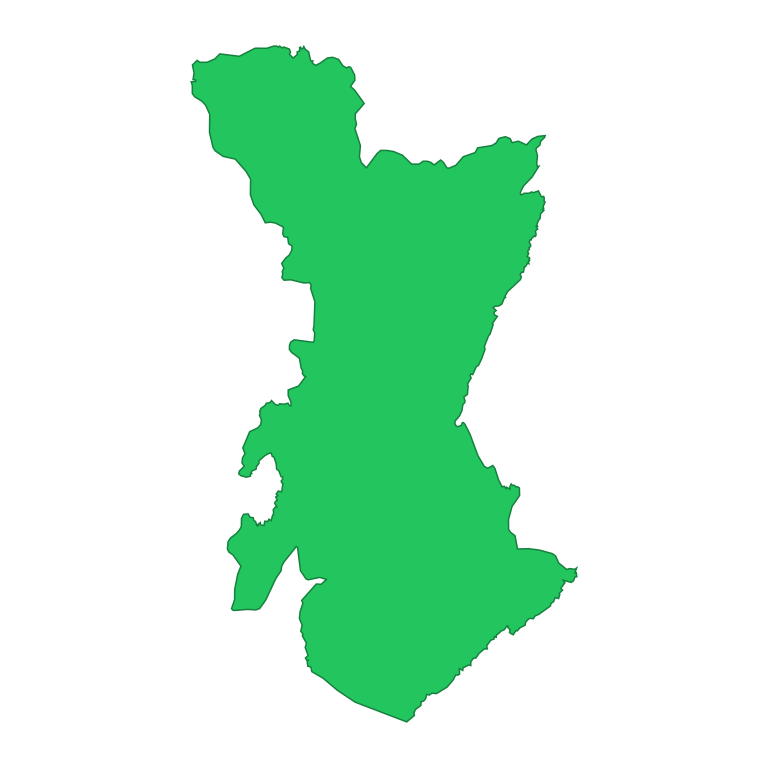 Kenema, Eastern, Sierra Leone (Natural Earth projection)
{"feature_id": "65957751B6503620183485", "entity_name": "Kenema", "entity_type": "district", "adm_level": 2, "iso_a3": "SLE", "parent_name": "Sierra Leone", "parent_adm1": "Eastern", "projection": "natural_earth1", "projection_center": [-11.159, 7.947], "detail": "fine", "context": "isolated", "style": "filled", "palette": "green", "viewbox_px": 768, "rotation_deg": 0, "n_neighbors": 0, "source": "geoboundaries", "source_scale": "gbopen_adm2", "svg_char_len": 6078}
<svg xmlns="http://www.w3.org/2000/svg" viewBox="0 0 768 768"><path d="M406.7,721.9L414.4,715.4L414.0,712.9L415.5,709.4L420.9,705.5L421.1,701.8L423.7,701.0L425.7,698.6L426.6,694.4L429.2,695.1L431.9,693.2L436.5,693.6L447.2,687.0L453.5,679.5L455.6,675.0L458.0,675.1L459.6,674.0L459.3,668.7L462.8,670.4L463.0,667.8L468.9,664.9L470.8,665.5L470.8,661.8L473.4,658.3L476.1,657.9L478.6,653.8L484.3,648.9L487.3,648.9L486.7,645.8L490.7,640.3L494.0,639.0L494.4,636.8L496.2,637.2L496.2,635.5L501.5,630.8L504.3,629.7L506.8,626.1L507.9,626.0L508.0,627.8L510.2,629.6L509.5,632.2L510.3,633.3L513.3,634.7L515.8,630.6L517.3,630.9L520.1,627.7L525.1,625.2L525.7,622.1L528.4,619.2L529.9,618.3L533.4,618.8L535.0,616.0L538.9,614.3L550.5,605.9L550.8,603.7L553.6,601.6L555.2,597.6L558.6,598.5L559.8,594.6L559.3,593.3L562.6,590.1L561.0,588.9L561.2,587.9L564.9,582.7L563.2,580.2L571.1,582.4L573.4,581.0L575.1,576.7L576.8,576.8L576.3,572.7L574.9,572.8L576.6,568.0L574.8,569.3L569.3,568.6L566.7,569.5L558.8,563.1L555.6,556.0L552.5,553.7L539.6,550.1L528.6,548.7L517.5,549.0L515.0,535.7L510.8,532.5L508.6,529.5L508.5,519.6L512.0,506.5L519.6,495.5L519.4,487.9L517.3,486.7L516.2,487.0L514.1,485.2L512.6,485.5L511.2,484.0L509.9,486.8L509.9,489.1L506.5,487.2L505.9,488.5L504.1,486.2L502.1,486.9L498.6,479.9L494.9,468.4L492.8,465.5L487.8,468.2L484.4,466.5L477.9,455.6L470.0,434.2L464.9,424.2L463.5,422.6L462.3,422.7L461.3,425.5L457.9,426.6L456.2,426.1L455.0,423.7L455.0,421.2L459.4,416.0L461.9,410.8L462.9,404.5L464.7,402.7L465.0,400.6L463.8,397.1L467.4,394.4L468.2,385.9L467.5,384.0L471.1,378.1L470.1,375.2L471.0,374.0L472.7,374.6L476.4,366.5L478.4,365.5L481.5,359.1L485.0,349.5L484.4,346.4L488.6,335.7L490.1,334.0L493.2,324.5L492.3,323.6L497.4,316.4L494.3,314.7L493.9,312.4L496.2,310.5L493.1,307.7L494.6,306.4L499.2,305.8L502.0,303.9L504.2,298.2L505.6,297.5L505.0,296.1L507.6,291.6L520.4,279.6L521.4,276.9L520.1,274.6L521.6,272.3L523.5,272.1L524.3,266.8L525.3,266.8L527.7,263.2L528.9,263.7L528.4,261.7L529.6,260.6L528.9,259.4L529.7,258.8L529.2,257.5L527.1,256.7L528.7,253.3L527.9,252.8L528.0,250.6L529.4,249.4L528.9,247.7L530.5,246.7L530.7,244.8L529.1,242.1L530.2,239.8L531.2,239.9L531.3,238.7L534.4,236.0L535.4,236.4L536.1,234.9L535.5,230.9L537.7,228.9L536.2,226.6L537.6,226.3L536.8,225.0L538.2,221.0L540.0,218.6L540.6,213.8L543.9,210.3L542.5,209.4L543.7,208.6L543.2,206.5L545.1,202.0L544.1,201.6L544.2,197.5L543.5,196.4L541.7,196.8L540.9,195.9L538.5,190.9L533.3,192.7L531.6,191.9L529.2,193.2L524.0,193.3L522.0,194.7L520.6,194.6L520.4,192.1L523.5,186.0L532.2,176.9L538.8,166.3L537.4,166.8L536.7,163.2L537.5,155.7L535.9,149.8L536.4,148.0L539.9,145.1L540.8,141.1L544.5,137.5L545.2,135.6L537.8,136.4L532.1,139.0L526.4,144.9L518.4,141.2L512.1,142.7L510.1,138.6L505.4,136.7L500.6,137.9L498.7,138.6L496.1,143.0L491.7,145.6L477.7,147.8L475.1,152.6L463.3,156.7L456.0,165.2L449.0,168.2L446.8,167.8L443.6,162.6L440.7,160.0L434.1,164.9L430.7,162.3L427.2,161.2L423.1,161.2L419.2,164.1L411.6,164.1L402.4,155.2L393.5,151.5L386.5,150.4L380.7,150.4L377.2,153.4L366.4,167.8L361.3,162.6L359.4,156.7L360.4,145.6L354.9,128.6L356.5,124.2L355.3,119.0L355.3,113.8L364.2,103.5L354.6,90.1L350.5,86.4L354.9,80.2L354.6,75.0L351.4,68.7L350.5,67.2L348.3,66.8L346.7,68.0L342.8,65.7L338.6,59.4L332.6,57.3L327.3,58.0L320.2,63.1L315.5,65.4L312.3,63.1L312.9,60.9L310.7,60.9L308.6,51.7L305.4,49.5L303.8,46.5L302.7,48.7L301.6,48.8L300.4,47.1L299.6,47.6L299.7,50.8L297.2,51.8L297.2,54.7L293.1,58.0L289.4,54.2L290.5,52.3L289.3,49.0L283.7,47.0L282.4,48.0L279.7,46.1L278.3,47.1L276.8,46.1L273.7,46.1L266.7,48.3L255.1,48.2L239.2,56.3L219.8,53.9L214.9,58.9L207.0,62.3L199.9,62.3L197.1,60.4L192.4,65.0L194.1,73.1L193.0,79.5L195.9,80.0L195.7,81.4L191.2,81.8L192.3,85.4L192.3,93.5L194.7,96.8L201.9,101.2L205.8,105.5L209.7,114.3L209.5,132.6L213.2,147.9L215.3,150.9L223.2,156.4L235.3,159.1L246.1,171.5L250.6,179.2L250.4,194.7L253.9,204.9L261.1,214.4L265.3,222.8L270.4,222.2L275.3,223.0L283.4,227.1L282.8,234.0L284.0,236.6L287.7,237.4L288.6,243.7L292.1,246.0L291.7,250.3L289.6,254.7L285.4,258.4L281.7,263.5L283.8,268.2L282.2,271.8L282.8,273.3L281.9,277.7L284.0,280.2L290.8,279.8L304.0,283.0L309.6,282.6L311.2,285.5L310.6,288.3L314.9,301.8L314.0,325.6L313.2,329.7L314.7,332.7L314.2,340.9L313.3,342.3L294.2,339.8L290.7,342.1L289.5,345.1L289.4,349.4L291.7,352.5L299.4,358.2L301.2,368.3L302.6,370.6L302.4,373.6L304.0,375.9L305.7,376.5L298.5,386.1L288.2,389.9L288.2,395.6L290.8,401.7L291.2,405.6L289.6,405.8L288.0,403.2L284.0,404.2L279.8,403.8L277.7,405.4L275.2,404.4L271.5,400.5L269.9,402.7L266.3,403.2L265.2,405.4L260.9,408.4L259.7,411.5L260.2,412.7L259.5,415.4L261.4,419.8L260.7,424.5L257.9,427.8L249.7,431.7L242.8,447.9L245.0,453.8L242.5,457.9L242.0,462.8L244.2,466.3L239.3,471.1L238.8,474.0L241.1,475.8L246.4,477.2L250.4,476.2L250.4,474.2L251.8,473.6L251.1,472.6L252.3,470.7L256.0,469.3L256.5,466.5L259.0,463.4L259.0,460.8L264.8,455.7L268.8,453.4L271.3,453.2L272.3,456.5L273.9,456.9L276.2,463.8L276.6,469.1L278.7,470.7L281.2,476.8L282.7,477.2L282.6,479.3L281.3,480.7L281.5,482.5L282.9,483.4L281.7,491.7L278.2,491.1L276.2,494.1L277.8,495.8L275.7,497.0L277.3,500.3L275.4,501.5L274.7,503.3L276.9,506.8L275.4,507.0L273.3,509.4L273.6,514.5L272.6,515.1L271.2,520.6L268.9,519.2L268.0,521.4L264.8,521.2L264.0,525.5L260.5,524.9L260.3,522.6L258.0,524.3L258.2,525.7L256.9,525.7L255.5,521.4L253.8,520.6L253.3,517.8L249.9,517.1L248.2,513.9L243.6,514.3L241.5,518.4L241.3,526.5L239.7,529.6L236.5,533.4L230.6,537.9L228.1,541.6L227.4,548.9L228.8,552.0L233.0,555.0L240.9,566.1L237.7,574.3L234.7,589.4L234.6,599.6L231.5,608.8L233.3,610.4L235.1,610.4L247.5,609.4L255.9,609.9L259.6,608.6L265.8,600.0L275.8,578.6L281.1,570.7L281.7,566.1L284.1,561.8L296.3,546.6L297.5,547.2L300.5,570.7L306.0,578.9L308.1,579.8L319.7,577.4L326.4,579.4L321.2,584.3L316.3,584.0L301.7,600.4L302.9,603.2L300.1,611.6L299.4,618.5L302.1,625.0L300.8,631.2L303.1,634.4L302.3,635.8L306.4,643.1L305.2,647.5L308.1,655.5L305.4,658.0L306.7,660.3L308.2,660.2L307.2,661.9L307.8,666.2L310.9,667.1L311.8,671.6L323.2,678.3L337.5,690.4L355.2,702.2L406.7,721.9Z" fill="#22c55e" stroke="#15803d" stroke-width="1.5"/></svg>